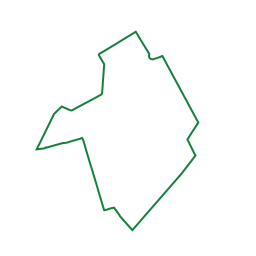 the district of Port Fuad, Bur Sa`id, Egypt, rotated 26°
{"feature_id": "37247803B75399963690534", "entity_name": "Port Fuad", "entity_type": "district", "adm_level": 2, "iso_a3": "EGY", "parent_name": "Egypt", "parent_adm1": "Bur Sa`id", "projection": "orthographic", "projection_center": [32.32, 31.235], "detail": "fine", "context": "isolated", "style": "outline", "palette": "green", "viewbox_px": 256, "rotation_deg": 26, "n_neighbors": 0, "source": "geoboundaries", "source_scale": "gbopen_adm2", "svg_char_len": 1657}
<svg xmlns="http://www.w3.org/2000/svg" viewBox="0 0 256 256"><g transform="rotate(26 128 128)"><path d="M59.0,137.7L58.6,138.9L55.4,147.7L55.3,187.2L61.8,182.9L62.4,182.2L62.4,181.9L62.6,181.4L63.1,181.2L63.6,181.2L66.2,178.8L76.0,170.1L78.0,169.0L79.9,167.6L80.2,167.4L80.5,167.2L81.0,166.4L89.9,158.4L91.1,157.1L92.7,158.3L92.8,158.4L93.0,158.5L94.5,160.0L94.7,160.3L94.9,160.5L98.5,164.5L100.5,166.7L102.5,168.9L104.8,171.4L106.4,173.2L108.6,175.5L110.0,177.1L111.3,178.4L112.6,179.8L115.9,183.3L117.6,185.2L120.7,188.5L126.3,194.6L129.0,197.6L135.0,204.1L137.3,206.6L141.8,211.5L142.7,212.3L144.6,210.8L146.3,209.2L147.5,208.0L150.3,205.7L155.3,208.3L158.8,210.2L159.6,210.9L160.0,211.0L160.4,211.1L161.1,211.5L176.7,217.9L196.2,145.3L200.7,123.3L186.4,112.2L188.8,92.3L127.3,48.2L127.2,48.3L127.0,48.5L126.7,49.0L126.2,49.5L126.0,49.8L125.8,50.0L120.6,55.1L120.4,55.2L120.3,55.4L119.6,55.7L119.2,55.8L118.8,55.9L117.8,55.9L116.8,55.6L116.0,55.1L115.8,54.8L115.5,54.5L115.2,54.0L115.1,53.7L114.9,52.8L114.8,52.5L114.7,52.1L113.3,51.2L111.7,50.2L106.4,46.9L101.0,43.4L98.4,41.7L94.9,39.4L93.8,38.8L92.8,38.1L85.2,50.0L80.7,57.1L74.1,67.3L73.2,68.7L69.6,74.2L69.6,74.5L69.7,75.0L70.0,75.3L70.6,75.8L71.0,76.1L71.3,76.3L72.0,76.7L72.6,77.1L72.9,77.3L73.2,77.5L76.9,80.0L78.7,81.1L79.4,83.0L83.8,93.9L84.8,96.6L86.6,100.9L88.1,104.6L89.2,107.5L89.4,108.0L89.5,108.6L89.3,109.5L89.1,109.8L89.0,110.2L88.0,111.5L86.4,113.8L82.5,119.3L78.6,124.6L76.1,128.0L74.5,130.3L73.2,132.1L72.0,133.8L70.4,136.0L70.2,136.3L69.9,136.7L69.6,136.9L69.1,137.2L68.2,137.3L67.9,137.4L59.6,137.7L59.1,137.7L59.0,137.7Z" fill="none" stroke="#15803d" stroke-width="2"/></g></svg>